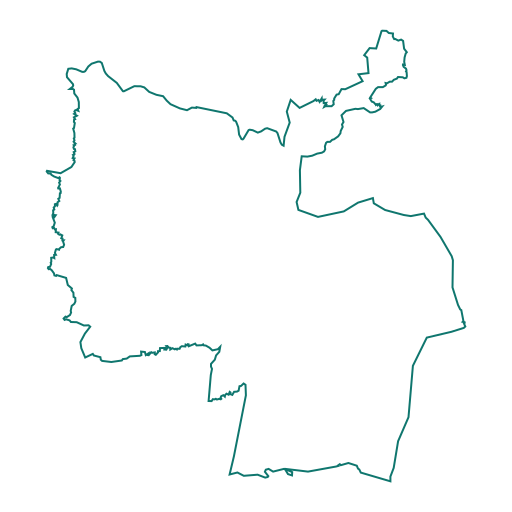 outline of Eduardo Neri, Guerrero, Mexico
{"feature_id": "50627088B91024651909161", "entity_name": "Eduardo Neri", "entity_type": "district", "adm_level": 2, "iso_a3": "MEX", "parent_name": "Mexico", "parent_adm1": "Guerrero", "projection": "albers", "projection_center": [-99.66, 17.814], "detail": "fine", "context": "isolated", "style": "outline", "palette": "teal", "viewbox_px": 512, "rotation_deg": 0, "n_neighbors": 0, "source": "geoboundaries", "source_scale": "gbopen_adm2", "svg_char_len": 5845}
<svg xmlns="http://www.w3.org/2000/svg" viewBox="0 0 512 512"><path d="M69.8,89.0L72.9,89.0L74.0,89.7L74.3,93.5L77.5,97.6L78.8,102.0L78.9,108.1L77.6,109.0L78.3,110.8L76.1,110.0L75.1,110.4L74.4,111.5L75.3,113.1L74.1,113.9L76.9,115.7L73.9,117.3L75.1,119.2L74.1,119.6L73.9,121.9L74.8,123.0L74.0,128.0L73.2,128.6L74.4,133.0L74.5,137.7L73.8,138.4L74.5,140.3L73.6,141.7L75.3,143.4L74.6,143.5L75.0,144.9L73.7,145.2L74.1,145.9L73.4,147.3L73.9,148.9L75.0,149.2L75.3,151.3L73.7,152.1L74.5,154.0L73.0,154.9L73.7,155.8L72.7,158.0L74.5,158.4L73.5,160.1L74.5,160.8L74.7,162.1L71.4,167.0L60.6,173.2L47.0,170.8L46.7,171.5L48.2,173.4L50.7,173.6L51.4,174.8L54.1,176.5L58.3,178.1L59.5,177.3L59.9,177.8L59.6,180.3L60.4,181.0L59.1,182.6L59.9,184.5L58.1,188.0L58.3,188.5L59.9,188.4L60.8,191.6L60.6,193.1L59.9,193.3L59.6,197.9L58.3,198.8L59.3,201.0L57.6,202.2L57.5,205.1L57.2,205.6L56.0,203.9L54.9,204.2L54.9,206.4L53.7,207.5L54.3,209.5L53.1,210.3L53.3,213.2L52.6,214.8L55.7,215.2L54.3,217.2L53.0,216.4L52.6,216.8L54.8,222.7L53.6,226.4L52.4,227.0L52.4,227.6L52.8,228.3L54.2,228.1L55.0,229.5L55.9,229.3L55.7,232.2L58.5,232.6L58.1,233.8L58.6,234.3L59.9,234.8L60.4,234.4L62.3,235.4L61.3,238.2L62.5,238.6L62.4,240.3L63.7,240.3L63.0,241.3L64.1,244.7L63.2,247.0L61.1,247.2L59.3,248.8L59.1,249.7L56.6,249.1L55.9,249.5L54.9,253.0L55.9,254.8L54.1,255.0L54.3,258.1L53.2,257.5L51.2,257.8L51.3,261.8L50.7,262.7L51.2,264.0L50.0,266.8L48.2,267.1L47.9,268.1L48.7,269.2L50.2,269.0L51.7,270.2L54.0,273.4L54.4,275.4L56.1,275.9L56.7,275.1L66.1,277.9L67.8,285.0L71.9,288.5L71.4,290.1L73.4,292.7L73.6,296.9L75.3,297.9L75.4,301.5L74.3,303.8L71.7,305.9L70.7,310.9L71.1,312.5L70.0,315.0L66.8,317.1L65.5,316.6L63.6,318.5L64.6,319.9L66.1,319.3L69.6,320.4L70.9,322.0L76.7,322.2L83.9,325.5L88.6,325.3L90.2,326.7L84.9,333.6L80.4,342.1L81.3,348.2L85.2,357.5L92.8,353.9L93.9,355.5L100.4,357.2L100.8,359.7L102.1,360.9L111.3,362.0L121.8,360.5L122.8,359.1L126.7,358.6L129.8,356.4L139.8,355.8L141.4,355.1L141.1,351.6L144.9,352.0L145.8,355.1L148.4,353.4L148.0,355.1L148.7,355.2L151.2,352.2L152.1,352.8L154.8,352.4L154.7,354.2L155.8,354.8L158.0,352.4L158.0,351.2L159.8,351.1L160.0,348.1L165.0,347.9L164.4,349.5L166.3,349.7L167.5,347.5L166.4,346.1L167.4,346.0L168.8,347.6L170.3,347.8L170.3,349.5L172.5,348.2L174.7,349.3L175.4,348.8L176.9,349.5L177.2,348.7L179.6,348.8L180.3,347.2L181.8,346.2L185.3,346.5L185.6,344.6L187.1,345.3L187.7,344.2L188.6,344.3L188.9,346.2L195.2,343.6L196.5,345.4L201.9,345.2L203.1,344.4L203.6,345.3L205.9,345.6L209.5,347.7L212.4,350.4L217.9,349.2L220.2,346.8L219.3,351.8L216.1,355.4L214.8,359.7L211.0,363.9L211.0,366.6L212.0,368.9L210.8,375.0L208.6,401.0L211.6,401.1L212.8,399.2L214.6,399.4L215.8,398.8L216.9,399.5L219.1,398.9L220.7,399.3L221.3,398.8L220.6,397.7L221.2,396.2L223.3,395.2L224.8,396.6L225.1,395.1L226.5,393.7L228.6,394.7L229.7,391.9L230.5,392.5L230.3,394.1L232.3,394.9L234.1,391.8L237.0,391.6L238.6,390.7L239.5,386.2L241.1,385.9L243.6,383.5L245.5,384.8L245.9,395.3L233.9,456.4L229.6,474.5L237.4,472.5L243.8,475.8L257.6,474.7L265.2,477.6L267.7,477.0L268.3,476.1L264.9,471.8L265.8,469.7L268.6,468.9L273.1,471.6L283.9,468.9L285.2,469.5L288.0,474.1L292.0,475.4L292.2,472.1L284.5,468.8L308.0,471.6L336.2,466.5L338.4,465.9L338.1,465.4L339.8,464.2L340.8,465.2L348.4,463.0L356.8,465.7L358.0,468.6L359.3,469.5L360.8,472.6L390.4,481.3L390.4,476.6L393.7,467.9L398.1,441.2L408.5,417.2L412.9,365.8L426.8,337.6L451.4,331.8L463.8,327.9L465.3,326.5L463.9,323.3L464.7,322.8L464.6,322.2L462.7,321.8L463.4,321.0L461.3,310.1L460.2,309.4L458.0,304.9L452.5,287.4L452.9,260.2L451.7,256.2L440.5,236.9L428.0,219.8L425.7,217.6L424.0,213.6L410.8,216.1L403.8,215.0L385.1,210.0L373.8,203.3L372.9,198.1L358.1,202.6L343.8,211.4L318.0,216.9L298.4,209.9L296.6,202.0L300.3,192.7L299.9,170.2L301.7,156.3L307.4,156.6L312.2,155.7L317.2,153.6L321.9,152.7L324.1,151.4L325.2,149.3L324.9,146.3L326.1,142.8L327.3,141.9L330.0,141.9L332.2,139.8L334.0,139.3L338.1,136.4L340.4,133.3L340.7,131.0L342.7,126.9L342.0,124.5L343.5,122.0L341.5,115.3L346.0,110.9L355.4,108.8L357.9,109.1L363.7,108.1L370.1,112.4L372.1,112.4L375.3,111.7L380.2,109.0L382.1,106.6L380.4,107.1L379.9,106.1L380.3,105.3L379.3,104.8L379.3,104.1L377.8,105.2L377.6,104.2L376.1,104.9L376.1,104.1L375.3,104.1L373.7,102.3L371.8,101.6L369.9,98.6L371.0,98.1L370.2,97.5L375.8,88.8L378.1,87.1L382.9,87.1L385.6,85.5L386.0,84.8L385.6,83.0L387.0,83.3L389.7,81.7L392.0,81.7L393.8,79.8L396.9,78.6L398.0,77.0L402.8,77.3L404.4,78.3L406.4,77.8L406.9,76.1L406.6,72.0L406.0,71.5L406.5,70.2L406.0,68.6L403.7,66.9L402.9,65.0L403.0,64.5L404.8,64.9L404.2,61.8L404.6,57.4L405.7,53.5L406.8,52.2L404.1,48.7L403.1,40.9L401.1,39.6L398.3,40.6L395.3,39.0L394.2,39.1L392.8,36.5L393.0,33.5L388.8,33.0L386.5,30.9L382.2,30.7L381.5,31.2L376.2,48.5L369.6,48.1L364.2,55.2L367.2,57.6L368.5,73.1L358.5,74.3L362.6,81.2L345.3,89.2L341.5,89.1L338.7,94.2L336.6,94.6L334.2,98.5L334.2,99.8L333.3,101.0L333.7,104.3L331.6,106.2L325.4,106.2L324.2,106.9L324.8,105.4L326.3,104.4L325.5,103.7L326.1,102.9L323.7,103.1L323.6,100.6L324.5,99.6L322.5,99.7L321.8,100.3L321.7,98.4L319.6,101.9L318.5,100.0L316.5,100.8L315.7,99.3L313.4,101.1L299.6,107.9L290.7,99.9L286.8,111.6L289.7,122.6L284.5,136.8L283.6,145.7L281.8,144.7L280.5,142.5L277.5,133.1L276.2,131.5L267.2,128.2L265.1,128.7L261.1,131.4L257.8,132.6L252.7,130.2L249.7,129.7L248.6,130.1L243.5,138.7L242.7,139.4L241.5,139.1L239.1,134.6L238.2,127.1L236.1,121.7L235.3,120.8L233.7,120.4L232.5,117.5L226.8,113.3L196.5,107.1L196.3,107.9L191.9,107.6L187.0,110.2L179.9,108.4L170.5,104.2L166.7,100.6L163.1,96.2L156.4,94.8L149.2,91.9L144.3,87.4L140.7,86.3L134.3,86.2L123.8,91.3L122.9,91.2L116.8,82.9L108.1,76.1L105.8,73.5L104.4,71.0L101.8,63.0L100.0,61.7L98.0,61.6L91.6,63.7L88.3,66.5L85.2,71.2L83.8,71.9L82.3,71.9L76.2,69.3L71.7,68.4L68.3,68.8L66.7,74.0L67.0,77.2L73.0,84.2L73.2,85.5L72.6,86.8L69.8,89.0Z" fill="none" stroke="#0f766e" stroke-width="2"/></svg>